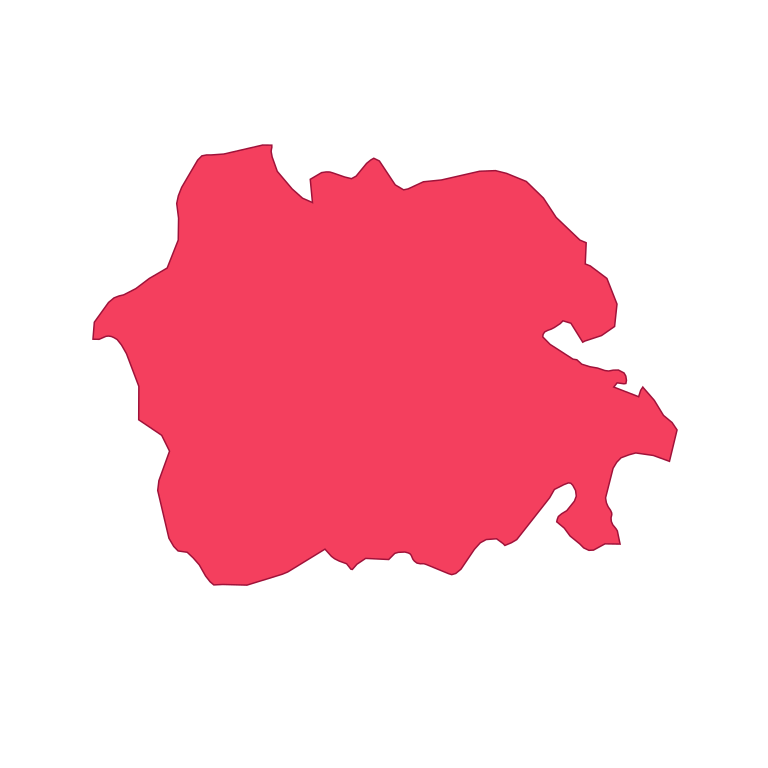 the border of Zürich, rotated 102°
{"feature_id": "CHE-176", "entity_name": "Zürich", "entity_type": "Canton", "adm_level": 1, "iso_a3": "CHE", "parent_name": "Switzerland", "parent_adm1": "", "projection": "orthographic", "projection_center": [8.664, 47.43], "detail": "fine", "context": "isolated", "style": "filled", "palette": "rose", "viewbox_px": 768, "rotation_deg": 102, "n_neighbors": 0, "source": "natural_earth", "source_scale": "10m", "svg_char_len": 2568}
<svg xmlns="http://www.w3.org/2000/svg" viewBox="0 0 768 768"><g transform="rotate(102 384 384)"><path d="M339.2,158.6L343.5,132.3L336.7,131.6L333.2,130.2L333.4,130.0L343.8,116.2L356.6,104.1L361.8,94.2L368.0,87.8L400.3,88.7L397.9,105.7L399.1,123.4L402.3,129.6L406.9,136.8L412.2,140.1L418.8,142.4L449.3,143.6L453.9,141.8L457.3,139.4L460.5,136.1L462.7,134.5L464.5,134.0L467.7,134.1L471.1,133.1L474.1,131.0L477.4,126.9L479.2,125.2L491.5,119.8L494.4,134.6L502.9,144.5L504.1,149.0L502.8,154.6L499.7,159.3L494.0,170.4L487.5,177.7L482.9,186.4L480.4,186.4L477.3,185.9L473.9,183.2L469.9,178.9L459.0,173.4L453.7,172.6L448.3,174.5L443.8,178.3L442.2,180.7L442.4,183.1L445.0,187.1L451.7,195.4L460.8,198.3L508.6,221.8L512.8,226.4L516.8,232.2L515.4,234.2L512.0,241.7L514.9,251.7L519.3,256.8L526.9,261.2L549.1,270.2L554.4,274.4L556.4,278.1L556.1,281.4L551.8,304.8L551.5,307.5L551.9,309.6L552.3,311.0L552.3,312.5L552.3,314.6L550.9,317.5L549.4,319.3L546.0,321.7L544.8,323.0L544.2,325.0L544.0,328.6L545.7,335.0L547.4,338.2L554.7,342.9L558.4,365.7L565.9,373.0L572.0,376.4L572.0,377.9L567.6,383.2L566.5,391.0L565.2,396.0L563.5,399.6L557.8,407.4L587.9,439.1L591.2,443.9L609.2,476.2L613.6,500.0L615.9,508.7L613.6,513.0L608.9,518.6L599.3,527.1L593.7,534.6L589.5,541.5L590.1,550.7L586.6,555.9L579.6,562.3L535.2,583.2L525.3,584.1L494.3,579.8L480.4,590.8L470.0,616.5L437.3,623.3L407.9,642.2L400.4,648.9L396.0,654.2L394.8,657.7L394.2,660.6L394.4,663.6L395.2,665.9L399.5,671.9L400.7,678.0L383.8,680.2L361.5,670.4L355.9,666.0L352.9,661.4L351.0,657.3L342.3,646.6L329.5,635.5L315.6,620.2L286.0,615.2L264.6,619.4L250.5,624.3L242.6,624.3L233.7,622.8L203.7,612.8L198.7,609.6L196.8,605.1L195.8,600.4L192.4,588.6L175.5,552.4L173.7,543.4L175.8,542.9L178.1,542.9L180.1,542.7L185.2,540.6L198.2,532.6L212.3,514.4L219.2,502.3L221.4,491.7L199.1,498.7L190.2,489.0L188.6,484.7L187.9,481.1L188.2,477.5L189.7,465.5L189.9,458.5L186.5,454.5L171.8,446.9L167.5,443.4L165.3,440.9L166.8,434.9L186.9,414.4L190.0,405.2L188.2,401.1L178.0,387.5L172.5,370.3L156.0,334.7L152.1,319.3L152.5,307.9L156.3,286.9L169.0,266.7L185.2,250.3L202.5,222.3L203.8,215.6L224.7,212.1L225.6,206.8L234.4,187.9L257.4,172.7L279.8,170.4L291.4,181.3L300.2,196.4L301.8,198.3L285.7,213.8L285.0,222.1L288.2,224.1L293.3,229.1L295.6,231.9L297.5,235.0L299.7,237.7L302.4,238.7L304.9,238.5L310.7,229.8L320.4,204.3L320.2,200.4L323.5,194.7L324.3,186.3L324.0,178.4L324.9,170.8L324.6,167.0L322.8,162.7L321.6,157.6L323.3,151.5L326.0,149.1L330.0,147.6L333.2,147.5L333.9,149.3L334.4,156.2L339.2,158.6Z" fill="#f43f5e" stroke="#9f1239" stroke-width="1.5"/></g></svg>